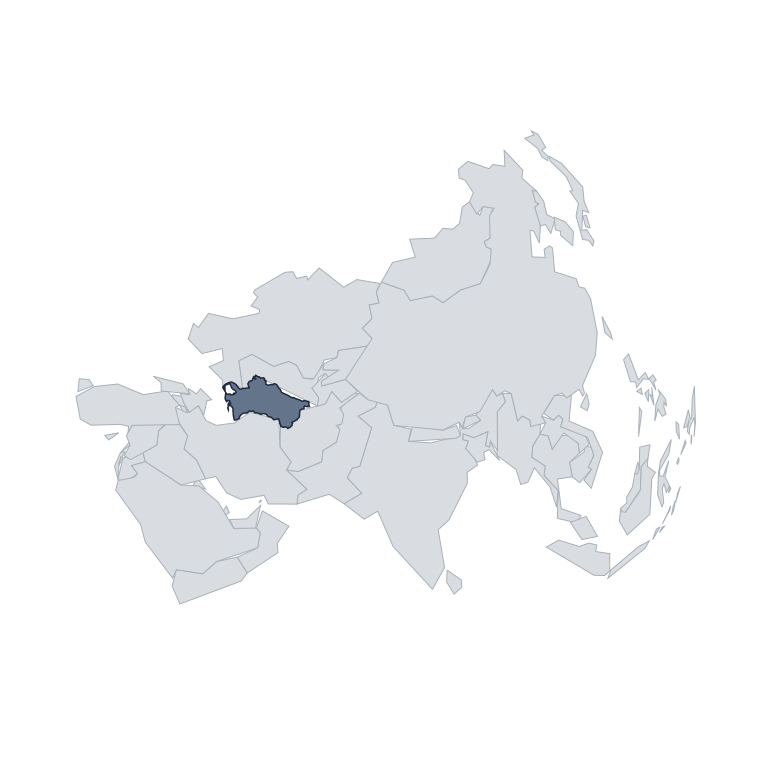 Asia, with Turkmenistan highlighted, rotated 351°
{"feature_id": "TKM", "entity_name": "Turkmenistan", "entity_type": "country or territory", "adm_level": 0, "iso_a3": "TKM", "parent_name": "Asia", "parent_adm1": "", "projection": "orthographic", "projection_center": [58.325, 38.975], "detail": "fine", "context": "in_parent", "style": "filled", "palette": "slate", "viewbox_px": 768, "rotation_deg": 351, "n_neighbors": 45, "source": "natural_earth", "source_scale": "50m", "svg_char_len": 17942}
<svg xmlns="http://www.w3.org/2000/svg" viewBox="0 0 768 768"><g transform="rotate(351 384 384)"><path d="M395.8,284.2L390.8,291.9L391.8,303.2L381.8,303.7L382.4,317.6L371.4,325.5L379.4,337.1L377.9,344.0L344.4,343.8L341.6,350.5L328.8,350.9L316.6,368.1L305.3,365.5L300.5,351.9L293.5,346.9L277.7,349.5L258.3,334.1L244.4,338.4L243.8,366.4L233.4,358.3L224.3,362.0L224.8,354.3L213.9,339.6L229.0,335.8L229.8,323.7L209.0,325.5L197.7,309.0L205.3,294.4L209.6,299.2L221.7,286.8L244.7,296.0L271.8,294.6L272.9,291.1L265.0,286.2L272.8,278.4L269.3,273.4L271.2,270.9L303.6,258.2L311.5,258.8L314.3,266.1L324.5,265.3L325.0,269.3L338.1,259.2L359.3,282.1L373.6,276.6L395.8,284.2Z" fill="#d9dde1" stroke="#a8b0b8" stroke-width="1"/><path d="M243.8,366.4L244.4,338.4L258.3,334.1L277.7,349.5L293.5,346.9L300.5,351.9L305.3,365.5L314.5,368.4L328.0,354.4L325.9,360.4L341.3,363.2L335.0,369.7L328.2,370.1L327.8,364.5L320.5,367.2L317.0,376.8L312.2,377.0L317.4,387.3L314.8,395.4L259.0,355.6L250.3,366.5L243.8,366.4Z" fill="#d9dde1" stroke="#a8b0b8" stroke-width="1"/><path d="M685.2,472.6L685.2,472.1L682.0,484.6L684.5,473.4L685.1,465.7L679.2,474.8L677.6,481.3L676.1,478.3L679.7,466.9L676.8,473.6L673.2,474.0L680.6,457.1L680.9,466.8L682.5,465.5L686.2,446.4L690.2,434.8L685.4,471.5L685.2,472.6ZM653.6,544.6L650.5,553.8L647.4,558.5L650.1,551.0L653.6,544.6ZM678.0,491.7L678.4,487.8L679.6,482.0L679.5,485.4L678.0,491.7ZM633.0,498.8L631.2,506.6L638.2,513.7L633.7,519.3L626.2,554.2L600.7,571.1L595.0,556.3L598.3,544.1L602.4,548.3L617.2,532.9L620.7,528.4L624.9,506.0L633.0,498.8ZM666.0,500.3L672.6,486.9L673.1,489.7L666.0,500.3ZM663.1,507.1L661.2,509.2L660.8,507.5L663.7,502.7L663.1,507.1ZM666.5,467.2L668.7,470.0L667.2,484.7L665.3,476.6L666.5,467.2ZM645.0,503.3L659.1,483.7L654.4,497.6L642.6,512.6L642.0,517.7L645.1,519.1L653.3,504.1L647.0,519.6L651.0,532.4L648.0,536.0L650.1,529.3L645.9,535.2L645.0,526.1L642.5,530.7L641.7,545.1L639.3,548.6L636.9,536.4L641.3,514.6L645.0,503.3ZM638.8,568.4L632.8,573.7L636.4,568.7L638.8,568.4ZM637.1,565.6L644.7,554.9L648.0,549.0L646.9,552.7L637.1,565.6ZM630.3,570.0L634.3,568.3L624.9,579.9L630.3,570.0ZM578.9,603.2L609.5,584.7L621.4,580.4L616.3,587.0L574.8,610.9L578.9,603.2ZM566.8,582.6L580.4,586.9L577.7,603.8L572.0,607.7L561.4,605.7L518.8,570.5L532.1,565.5L551.2,575.0L561.7,573.2L569.0,576.4L566.8,582.6Z" fill="#d9dde1" stroke="#a8b0b8" stroke-width="1"/><path d="M653.4,546.8L656.9,537.7L660.8,531.4L653.4,546.8Z" fill="#d9dde1" stroke="#a8b0b8" stroke-width="1"/><path d="M117.5,410.3L110.2,419.4L106.3,436.6L105.0,423.0L112.9,410.6L117.5,410.3Z" fill="#d9dde1" stroke="#a8b0b8" stroke-width="1"/><path d="M123.6,404.6L113.1,410.6L123.3,401.5L123.6,404.6Z" fill="#d9dde1" stroke="#a8b0b8" stroke-width="1"/><path d="M114.5,416.4L109.1,423.1L112.6,414.8L114.5,416.4Z" fill="#d9dde1" stroke="#a8b0b8" stroke-width="1"/><path d="M114.5,416.4L135.3,413.8L136.1,423.4L121.9,425.1L126.6,434.0L112.9,440.7L106.3,436.6L114.5,416.4Z" fill="#d9dde1" stroke="#a8b0b8" stroke-width="1"/><path d="M210.5,493.8L227.3,495.7L243.1,484.5L233.9,507.9L213.0,503.1L210.5,493.8Z" fill="#d9dde1" stroke="#a8b0b8" stroke-width="1"/><path d="M205.4,489.6L205.3,484.2L209.2,479.8L211.1,486.6L205.4,489.6Z" fill="#d9dde1" stroke="#a8b0b8" stroke-width="1"/><path d="M185.0,447.7L191.3,459.9L179.5,454.3L185.0,447.7Z" fill="#d9dde1" stroke="#a8b0b8" stroke-width="1"/><path d="M136.1,423.4L135.3,413.8L150.0,408.8L154.2,394.6L164.3,388.5L175.7,392.1L182.0,404.5L176.4,416.8L187.0,429.7L193.1,449.7L167.5,452.0L136.1,423.4Z" fill="#d9dde1" stroke="#a8b0b8" stroke-width="1"/><path d="M235.4,506.4L244.0,490.3L267.8,509.6L253.7,524.7L252.8,534.0L219.3,549.3L211.8,532.1L233.5,526.0L238.5,511.7L235.4,506.4ZM244.7,480.1L241.9,481.9L243.9,479.4L244.7,480.1Z" fill="#d9dde1" stroke="#a8b0b8" stroke-width="1"/><path d="M555.4,505.1L555.0,490.4L571.1,482.4L572.4,476.3L579.3,479.2L580.2,487.4L572.8,498.2L575.7,500.6L561.9,512.1L555.4,505.1Z" fill="#d9dde1" stroke="#a8b0b8" stroke-width="1"/><path d="M566.4,482.7L555.0,490.4L555.4,505.1L540.4,505.0L539.6,534.9L558.0,544.7L552.9,551.3L534.2,543.9L539.3,516.6L527.7,499.4L530.3,490.2L518.4,479.4L521.3,468.3L530.2,457.9L538.0,460.9L540.0,474.7L550.0,462.6L559.1,463.5L566.4,472.9L566.4,482.7Z" fill="#d9dde1" stroke="#a8b0b8" stroke-width="1"/><path d="M577.2,475.7L566.4,482.7L566.4,472.9L553.9,460.6L540.0,474.7L538.0,460.9L530.2,457.9L537.6,447.7L534.6,440.4L545.6,446.1L551.7,442.2L555.3,446.8L551.8,453.9L574.4,464.7L577.2,475.7Z" fill="#d9dde1" stroke="#a8b0b8" stroke-width="1"/><path d="M530.2,457.9L521.3,468.3L518.4,479.4L530.3,490.2L527.7,499.4L539.3,516.6L535.2,532.5L531.9,511.8L519.4,490.3L510.7,503.6L503.3,504.6L501.2,489.4L484.5,472.1L491.4,429.3L501.1,420.4L499.5,411.7L508.2,413.3L510.2,441.3L515.5,437.2L522.4,442.4L522.4,448.9L533.0,445.1L530.2,457.9Z" fill="#d9dde1" stroke="#a8b0b8" stroke-width="1"/><path d="M566.4,510.3L575.7,500.6L572.8,498.2L580.2,487.4L576.7,468.5L551.8,453.9L555.3,446.8L551.7,442.2L545.6,446.1L537.0,437.8L550.7,421.8L567.3,424.9L561.0,449.5L582.8,463.4L589.2,485.6L572.4,519.5L566.4,510.3Z" fill="#d9dde1" stroke="#a8b0b8" stroke-width="1"/><path d="M564.7,217.1L570.3,228.4L571.3,242.2L578.9,247.7L572.3,261.4L568.3,251.7L563.2,252.3L562.2,245.9L560.4,232.9L564.7,230.3L561.9,227.9L560.7,216.1L564.7,217.1Z" fill="#d9dde1" stroke="#a8b0b8" stroke-width="1"/><path d="M577.3,258.4L578.2,245.8L588.4,252.2L594.9,263.3L592.0,276.9L581.5,264.6L582.5,260.9L577.3,258.4Z" fill="#d9dde1" stroke="#a8b0b8" stroke-width="1"/><path d="M397.3,283.0L411.4,265.3L434.8,263.5L431.9,245.0L456.7,247.8L466.6,239.4L476.1,241.8L483.6,237.4L489.0,221.5L496.9,217.5L504.9,232.6L509.5,224.3L518.8,225.3L511.6,256.5L505.4,259.1L506.4,264.5L511.1,267.6L509.9,277.1L494.9,300.0L474.4,303.2L455.0,313.0L445.6,304.7L423.0,305.9L418.4,294.6L397.3,283.0Z" fill="#d9dde1" stroke="#a8b0b8" stroke-width="1"/><path d="M499.5,411.7L501.1,420.4L491.4,429.3L485.8,467.3L480.1,457.4L478.6,463.0L474.5,460.7L479.1,447.4L464.3,451.1L454.3,445.7L453.4,451.3L458.5,453.5L454.6,460.6L458.8,461.2L463.7,478.7L452.2,484.3L451.0,494.8L426.8,528.5L414.7,536.4L415.1,574.8L399.7,594.3L367.5,545.8L357.9,508.7L343.2,514.4L325.8,495.9L344.9,488.5L332.9,470.8L339.4,462.1L347.1,461.6L364.9,425.3L353.3,411.7L371.6,405.6L376.1,398.1L384.2,405.4L387.2,426.4L403.6,432.7L399.3,444.5L421.2,449.5L451.4,447.0L452.4,433.6L454.8,440.5L460.7,441.2L473.7,435.0L470.0,429.2L490.4,406.5L493.5,413.5L499.5,411.7Z" fill="#d9dde1" stroke="#a8b0b8" stroke-width="1"/><path d="M480.1,457.4L486.2,477.6L477.3,465.3L471.8,467.2L471.9,474.5L464.1,475.9L454.6,460.6L458.5,453.5L453.4,451.3L454.3,445.7L464.3,451.1L479.1,447.4L474.5,460.7L478.6,463.0L480.1,457.4Z" fill="#d9dde1" stroke="#a8b0b8" stroke-width="1"/><path d="M470.0,429.2L473.7,435.0L454.8,440.5L459.4,429.3L470.0,429.2Z" fill="#d9dde1" stroke="#a8b0b8" stroke-width="1"/><path d="M449.2,436.4L451.4,447.0L446.5,448.9L399.3,444.5L405.7,430.2L435.1,438.7L449.2,436.4Z" fill="#d9dde1" stroke="#a8b0b8" stroke-width="1"/><path d="M376.1,398.1L371.6,405.6L353.3,411.7L364.9,425.3L347.1,461.6L339.4,462.1L332.9,470.8L344.9,488.5L325.8,495.9L312.6,484.3L279.2,489.0L281.6,480.3L291.3,475.9L274.2,453.6L285.4,457.0L310.2,451.1L313.2,440.1L328.0,433.9L339.4,397.1L358.2,389.1L365.9,397.1L376.1,398.1Z" fill="#d9dde1" stroke="#a8b0b8" stroke-width="1"/><path d="M296.3,397.2L323.0,394.4L331.2,383.1L339.2,395.4L346.6,388.3L358.2,389.1L336.4,400.9L339.4,407.5L336.1,416.9L330.2,417.5L333.2,422.2L328.0,433.9L313.2,440.1L310.2,451.1L285.4,457.0L274.2,453.6L279.9,446.6L271.4,429.9L275.2,409.5L286.2,410.9L296.3,397.2Z" fill="#d9dde1" stroke="#a8b0b8" stroke-width="1"/><path d="M314.8,395.4L317.4,387.3L312.2,377.0L327.8,364.5L330.6,369.6L322.4,376.2L346.6,373.4L356.8,387.1L339.2,395.4L331.2,383.1L323.0,394.4L314.8,395.4Z" fill="#d9dde1" stroke="#a8b0b8" stroke-width="1"/><path d="M328.0,354.4L341.6,350.5L344.4,343.8L377.9,344.0L346.6,373.4L322.4,376.2L322.4,371.8L341.3,363.2L325.9,360.4L328.0,354.4Z" fill="#d9dde1" stroke="#a8b0b8" stroke-width="1"/><path d="M193.1,449.7L187.0,429.7L176.4,416.8L182.0,404.5L173.4,385.5L174.4,374.5L185.4,381.4L197.3,376.4L202.4,392.3L211.8,398.6L229.9,399.1L247.1,390.8L274.5,403.1L271.4,429.9L279.9,446.6L274.2,453.6L291.3,475.9L281.6,480.3L279.2,489.0L250.9,484.4L248.1,475.2L224.5,475.6L211.5,466.9L203.4,449.0L193.1,449.7Z" fill="#d9dde1" stroke="#a8b0b8" stroke-width="1"/><path d="M116.0,414.3L123.6,404.6L121.5,394.7L128.6,385.4L161.6,389.3L154.2,394.6L150.0,408.8L122.0,419.0L116.0,414.3Z" fill="#d9dde1" stroke="#a8b0b8" stroke-width="1"/><path d="M187.5,381.4L172.9,367.8L173.5,361.5L184.3,365.3L187.5,381.4Z" fill="#d9dde1" stroke="#a8b0b8" stroke-width="1"/><path d="M175.7,392.1L128.6,385.4L123.6,392.0L125.1,385.8L117.2,382.6L88.3,378.9L78.5,371.2L77.8,348.1L97.6,341.2L121.1,342.4L144.6,356.9L168.8,356.9L178.7,372.9L174.4,374.5L175.7,392.1ZM83.8,331.2L93.4,333.4L96.5,340.2L80.5,343.6L83.8,331.2Z" fill="#d9dde1" stroke="#a8b0b8" stroke-width="1"/><path d="M429.8,589.9L429.1,596.8L420.3,602.5L414.9,589.3L417.3,577.8L429.8,589.9Z" fill="#d9dde1" stroke="#a8b0b8" stroke-width="1"/><path d="M580.5,442.1L574.4,437.4L582.7,425.1L583.5,435.9L580.5,442.1ZM346.6,373.4L379.4,337.1L371.4,325.5L382.4,317.6L381.8,303.7L391.8,303.2L390.8,291.9L397.3,283.0L418.4,294.6L423.0,305.9L445.6,304.7L455.0,313.0L474.4,303.2L494.9,300.0L507.3,282.6L511.1,267.6L506.4,264.5L505.4,259.1L511.6,256.5L514.5,234.2L520.3,227.7L509.5,224.3L502.3,230.9L496.9,217.5L502.1,209.2L495.9,195.3L490.5,192.5L491.1,183.6L501.6,177.2L521.4,187.8L526.0,184.3L537.5,187.9L539.2,172.0L554.6,194.6L552.4,202.2L564.7,217.1L560.7,216.1L561.9,227.9L564.7,230.3L560.4,232.9L563.2,252.3L559.5,269.1L555.9,256.4L552.2,255.0L550.1,281.6L563.0,284.2L563.2,276.1L569.1,273.4L571.7,276.0L570.1,299.9L590.2,310.0L591.9,318.7L597.3,320.8L601.4,332.3L602.6,367.0L597.3,388.8L579.9,416.4L580.6,424.6L578.3,426.9L575.8,419.7L562.1,426.5L558.5,421.0L550.7,421.8L534.6,440.4L537.6,447.7L522.4,448.9L522.4,442.4L515.5,437.2L510.2,441.3L508.2,413.3L502.4,409.6L493.5,413.5L490.4,406.5L474.2,426.4L459.4,429.3L454.3,439.1L452.4,433.6L435.1,438.7L387.2,426.4L384.2,405.4L365.9,397.1L346.6,373.4Z" fill="#d9dde1" stroke="#a8b0b8" stroke-width="1"/><path d="M609.8,351.4L615.7,368.4L616.4,375.3L610.2,367.8L609.8,351.4Z" fill="#d9dde1" stroke="#a8b0b8" stroke-width="1"/><path d="M190.1,358.0L197.3,364.4L202.2,359.9L211.3,372.6L206.5,372.8L201.1,386.5L197.3,376.4L187.5,381.4L183.5,372.2L181.4,361.5L189.8,364.1L190.1,358.0ZM185.4,381.4L181.6,379.8L178.7,372.9L183.8,375.5L185.4,381.4Z" fill="#d9dde1" stroke="#a8b0b8" stroke-width="1"/><path d="M157.3,340.3L185.6,352.5L190.7,363.3L162.9,356.1L164.0,347.7L157.3,340.3Z" fill="#d9dde1" stroke="#a8b0b8" stroke-width="1"/><path d="M637.6,434.8L632.5,430.8L637.2,428.3L637.6,434.8ZM647.3,447.3L645.0,436.0L647.0,438.1L648.0,428.9L647.3,447.3ZM653.9,432.3L659.8,443.1L659.6,450.2L657.7,445.6L656.8,450.7L657.8,457.9L653.8,459.5L650.5,451.9L645.6,463.1L649.2,447.2L655.0,436.8L653.9,432.3ZM634.3,451.7L627.2,475.6L632.6,447.3L634.3,451.7ZM630.3,392.6L635.8,419.6L643.8,413.6L646.2,420.9L641.0,419.4L632.9,427.1L633.0,421.4L627.8,420.2L624.4,397.4L630.3,392.6ZM642.4,442.7L640.1,434.2L644.6,430.9L642.4,442.7ZM651.0,417.1L653.4,422.7L650.7,424.4L651.7,432.6L646.7,419.9L651.0,417.1Z" fill="#d9dde1" stroke="#a8b0b8" stroke-width="1"/><path d="M546.4,549.9L562.9,546.4L571.0,567.9L555.3,568.6L546.4,549.9ZM633.0,498.8L624.9,506.0L620.7,528.4L602.4,548.3L599.2,547.5L598.3,544.1L605.3,539.3L606.1,533.5L613.2,524.7L617.9,511.3L622.8,508.0L626.7,486.4L637.2,485.6L633.0,498.8Z" fill="#d9dde1" stroke="#a8b0b8" stroke-width="1"/><path d="M622.6,500.7L622.8,508.0L620.0,512.6L617.9,511.3L622.6,500.7Z" fill="#d9dde1" stroke="#a8b0b8" stroke-width="1"/><path d="M593.8,193.7L611.1,220.5L610.2,235.1L613.1,246.9L607.4,243.4L603.5,263.0L608.4,263.4L613.8,275.7L611.7,280.3L608.7,274.1L602.8,272.4L600.0,248.1L604.3,236.0L597.7,222.5L600.7,222.5L596.4,207.7L582.9,189.6L582.7,184.9L593.8,193.7ZM571.1,161.4L569.1,157.1L575.1,161.4L580.7,175.5L576.3,177.8L581.5,184.9L580.7,189.0L575.6,184.6L572.5,175.2L561.4,163.3L571.1,161.4ZM607.8,260.1L606.6,249.2L610.2,249.0L611.9,262.0L607.8,260.1Z" fill="#d9dde1" stroke="#a8b0b8" stroke-width="1"/><path d="M211.8,532.1L219.3,549.3L212.2,556.2L148.1,569.3L143.1,550.5L149.9,534.9L175.2,543.1L191.1,533.1L211.8,532.1Z" fill="#d9dde1" stroke="#a8b0b8" stroke-width="1"/><path d="M106.3,437.8L122.8,437.0L126.6,434.0L121.9,425.1L136.1,423.4L167.5,452.0L185.3,455.8L201.8,474.9L213.0,503.1L235.4,506.4L238.5,511.7L233.5,526.0L191.1,533.1L175.2,543.1L149.9,534.9L145.0,542.9L123.5,502.9L121.6,484.7L102.4,446.7L106.3,437.8Z" fill="#d9dde1" stroke="#a8b0b8" stroke-width="1"/><path d="M114.4,390.7L103.3,396.2L100.2,391.0L114.4,390.7Z" fill="#d9dde1" stroke="#a8b0b8" stroke-width="1"/><path d="M243.9,366.3L245.4,366.5L246.7,366.6L248.4,366.7L248.9,366.8L249.5,366.9L249.8,366.9L250.1,366.6L250.3,366.4L250.4,366.1L250.2,366.0L249.8,365.5L249.7,363.8L249.6,362.4L250.0,362.0L250.4,361.6L251.1,360.7L251.5,360.4L252.0,360.1L253.7,360.1L254.4,359.9L254.7,359.6L255.0,358.8L255.2,358.2L255.4,357.9L255.6,357.6L255.9,357.7L256.4,357.8L256.8,357.9L257.1,358.1L257.3,358.3L257.6,358.7L257.6,359.0L257.9,359.1L258.1,359.1L258.2,358.9L257.8,358.3L257.1,357.3L256.6,357.0L256.4,356.8L256.3,356.6L256.6,356.3L256.9,356.1L257.5,356.2L258.2,356.3L258.5,356.2L258.8,355.4L259.6,356.2L260.4,357.1L260.7,357.2L261.3,357.3L261.8,357.4L262.0,357.4L262.2,357.7L262.7,358.6L263.1,358.9L263.7,359.0L265.4,359.0L266.0,359.0L266.4,359.5L266.7,359.7L266.8,359.8L266.8,360.0L266.7,360.3L266.7,360.8L266.7,361.1L266.5,361.3L266.5,361.5L267.4,362.0L267.7,362.3L267.9,362.5L268.0,362.7L267.8,362.9L267.4,362.8L267.3,363.1L267.3,363.5L267.6,364.0L267.6,364.3L267.5,364.7L267.3,365.3L267.3,365.6L267.4,365.8L268.0,366.2L269.5,367.1L269.9,367.2L271.2,366.9L271.9,366.9L272.3,367.0L273.3,367.1L273.7,367.3L274.0,367.3L274.5,367.2L274.9,366.8L275.0,366.7L275.5,366.6L276.3,366.8L277.2,367.3L277.9,367.9L278.2,368.3L278.6,369.4L279.1,370.9L279.7,372.0L280.3,372.5L280.8,373.5L281.3,375.8L281.6,376.2L281.8,376.5L282.6,377.1L284.2,378.1L285.1,378.7L286.5,379.6L287.8,380.5L289.2,381.8L289.4,382.0L290.6,382.7L291.9,383.5L292.7,383.2L294.1,384.4L294.7,384.8L294.9,384.9L295.9,385.3L297.5,386.2L299.5,387.5L300.8,388.3L301.2,388.4L301.5,388.3L301.9,388.1L302.3,387.9L303.0,388.1L303.7,388.3L304.2,388.6L304.8,388.9L305.2,389.2L305.6,389.3L306.7,389.5L306.9,389.7L307.0,389.9L307.1,390.1L306.6,391.3L306.6,392.7L306.7,393.8L306.8,394.6L306.5,394.6L305.8,394.5L304.3,394.3L303.0,393.7L302.2,393.3L301.7,393.7L301.5,394.1L301.3,394.9L301.1,395.8L299.6,396.0L298.3,396.1L297.5,396.5L296.7,397.1L296.5,397.6L296.4,398.4L296.0,400.0L295.7,401.5L295.5,402.5L295.2,403.2L294.4,404.1L293.3,404.8L292.8,405.1L292.5,405.5L292.5,405.8L292.3,405.9L291.9,405.9L291.4,406.0L290.4,406.4L289.3,406.8L288.0,407.3L287.3,407.4L287.0,407.5L286.9,407.7L287.0,408.1L287.1,408.4L287.3,408.7L287.0,409.1L286.8,409.6L286.7,410.5L286.2,410.8L285.5,411.3L284.7,412.0L284.0,412.3L283.5,412.3L283.1,412.2L282.6,412.4L282.1,412.9L281.9,412.7L281.8,412.3L281.5,412.0L280.7,411.3L280.0,410.9L279.7,410.8L279.1,411.0L278.4,411.1L277.8,411.0L277.3,410.9L276.5,410.2L276.2,409.9L276.0,409.6L275.5,409.7L275.4,409.4L275.3,409.0L275.5,408.6L275.4,407.8L275.1,407.2L274.8,407.0L274.8,406.8L274.9,406.4L275.1,406.1L275.1,405.4L274.8,404.6L274.7,403.5L274.7,402.5L274.4,401.9L271.9,402.0L269.6,402.1L268.6,400.7L267.9,399.7L267.2,399.1L265.6,398.4L264.8,398.1L264.2,397.5L263.6,396.9L263.5,396.0L263.4,395.8L263.2,395.5L263.0,395.4L262.8,395.5L261.0,394.5L260.3,394.3L259.6,394.5L259.3,394.5L258.7,394.2L258.0,394.6L257.7,394.6L257.3,394.5L256.9,394.4L256.0,393.5L255.2,393.1L254.7,392.9L253.6,392.6L252.5,392.4L251.9,392.2L251.5,392.0L251.4,391.9L251.4,391.6L251.3,391.1L251.2,390.8L250.9,390.4L250.5,390.2L249.8,390.2L248.8,390.2L248.0,389.9L247.4,389.8L246.6,389.8L246.0,389.8L245.6,390.0L245.3,390.3L245.1,391.0L244.7,391.1L244.4,391.1L243.7,391.1L242.4,390.9L240.8,390.8L239.6,391.2L238.7,391.7L237.8,392.2L236.7,393.2L236.4,393.6L235.7,395.2L235.4,395.5L235.0,395.6L234.6,395.6L233.9,395.9L232.9,396.2L232.3,396.4L230.6,396.2L230.5,395.7L230.3,393.7L230.3,391.7L230.3,390.8L230.6,389.0L230.6,388.1L230.6,387.3L230.7,386.5L230.9,385.5L231.0,384.6L230.9,384.0L230.6,383.4L230.1,382.7L230.0,382.4L230.0,381.9L229.5,381.9L229.1,381.4L228.7,381.1L227.9,380.8L227.5,380.8L227.1,381.0L226.8,381.3L226.7,380.7L226.7,380.1L227.5,378.7L227.8,379.2L228.3,379.3L229.0,379.4L229.6,379.3L229.5,378.9L229.2,378.6L228.9,378.4L228.8,377.8L228.8,377.1L229.0,376.5L228.9,376.3L228.6,376.1L227.9,376.1L227.0,375.9L226.2,375.8L225.9,376.5L226.4,377.4L226.0,376.9L225.6,376.3L225.1,375.2L224.9,373.9L224.9,372.6L225.3,371.5L225.7,370.4L226.0,369.1L226.4,367.8L226.7,368.4L227.0,368.9L227.5,369.5L228.5,369.8L229.0,369.8L229.6,369.5L230.2,369.7L230.6,370.2L231.0,370.9L231.6,371.0L232.8,370.6L233.5,370.6L234.0,370.8L234.5,370.8L234.3,370.3L234.2,369.7L234.5,369.5L235.5,369.8L236.2,369.6L236.3,369.5L236.5,369.4L236.6,368.9L236.6,368.5L236.5,368.0L236.3,367.6L235.9,367.1L234.2,365.7L233.6,365.1L233.2,364.5L232.9,363.5L232.7,362.5L232.5,361.8L232.0,360.0L231.8,359.8L231.5,359.7L230.8,359.6L230.0,359.7L228.8,359.9L228.1,359.8L227.8,360.0L227.0,360.6L226.6,361.2L226.0,362.6L226.4,363.1L226.3,363.4L225.9,365.4L226.0,366.4L225.9,366.5L225.8,366.3L225.4,365.2L224.7,363.9L224.2,362.0L225.4,360.8L226.5,360.0L227.3,359.5L227.6,359.4L228.7,359.0L230.1,358.7L231.2,358.4L232.5,358.2L233.0,358.2L233.6,358.3L234.2,358.5L234.5,358.7L235.6,359.5L236.7,360.3L237.6,361.2L237.9,361.6L238.1,362.0L238.2,362.4L239.0,363.8L239.3,364.4L239.7,365.2L240.1,365.6L240.5,366.1L240.8,366.5L241.1,366.6L241.4,366.7L242.2,366.6L243.1,366.4L243.6,366.3L243.9,366.3ZM226.4,384.8L226.3,385.2L226.0,384.1L225.9,382.9L226.2,382.6L226.4,382.6L226.1,383.0L226.4,384.8Z" fill="#64748b" stroke="#1e293b" stroke-width="1.5"/></g></svg>